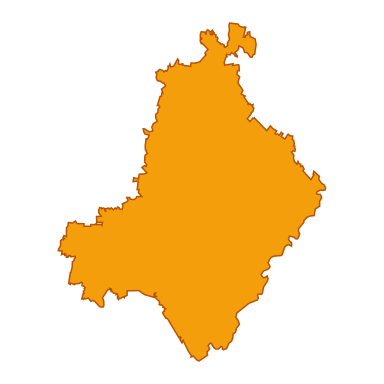 outline of Tihuatlán, Veracruz, Mexico
{"feature_id": "50627088B14039752645412", "entity_name": "Tihuatlán", "entity_type": "district", "adm_level": 2, "iso_a3": "MEX", "parent_name": "Mexico", "parent_adm1": "Veracruz", "projection": "robinson", "projection_center": [-97.558, 20.676], "detail": "fine", "context": "isolated", "style": "filled", "palette": "amber", "viewbox_px": 384, "rotation_deg": 0, "n_neighbors": 0, "source": "geoboundaries", "source_scale": "gbopen_adm2", "svg_char_len": 5919}
<svg xmlns="http://www.w3.org/2000/svg" viewBox="0 0 384 384"><path d="M70.3,272.6L68.7,283.5L70.2,284.6L70.6,283.1L74.5,284.6L74.6,283.8L78.9,283.6L81.5,282.2L82.3,283.0L81.9,285.7L83.9,286.3L85.1,287.7L84.2,288.6L84.7,289.7L83.3,291.7L84.0,293.2L83.1,293.7L81.8,299.1L82.8,298.7L83.7,299.4L84.2,298.3L85.8,298.9L88.2,298.0L91.0,301.3L92.5,300.5L94.8,301.4L99.4,306.5L101.5,307.1L103.5,306.9L103.9,305.0L103.7,300.7L102.5,297.8L107.9,289.6L110.0,289.4L109.7,288.4L111.4,288.8L111.6,290.6L110.8,290.3L111.2,291.6L112.5,291.7L113.5,293.2L116.6,293.6L116.2,294.4L116.9,294.1L117.7,294.9L117.5,296.3L118.1,296.4L117.3,298.0L118.5,299.5L118.7,298.2L120.1,298.6L123.3,296.8L124.3,297.7L124.5,296.6L127.1,295.4L127.1,290.8L138.8,290.6L144.5,294.6L154.2,297.4L154.1,294.3L154.7,293.2L155.7,293.1L154.3,294.9L156.1,296.3L154.7,296.5L154.7,297.1L159.3,301.4L159.6,303.5L159.1,304.3L160.0,305.1L161.5,304.7L163.1,306.4L162.9,307.2L164.1,307.2L164.2,308.1L165.6,308.7L164.5,309.6L164.4,311.1L163.7,311.1L162.7,312.6L163.1,313.9L165.9,318.4L167.4,318.5L179.0,337.8L180.2,336.8L180.9,337.7L179.9,339.4L182.0,342.9L183.1,340.4L188.4,351.2L191.5,355.9L191.0,357.0L193.3,356.1L196.7,359.8L198.9,361.0L205.3,356.8L207.6,355.0L206.9,352.0L209.4,349.5L209.6,348.3L208.0,345.8L209.6,343.7L211.0,343.1L214.0,347.8L215.6,349.0L218.5,349.0L221.0,346.4L222.4,347.0L222.4,349.1L223.4,349.8L226.6,348.6L228.9,343.2L231.5,341.3L232.8,337.8L233.1,334.0L235.6,332.2L236.5,328.2L239.5,324.2L237.9,320.0L235.8,317.3L236.8,313.0L249.1,303.2L257.4,300.0L258.4,298.1L257.5,295.3L258.0,294.2L261.5,294.2L262.4,293.3L263.5,287.3L267.5,280.9L268.0,278.6L267.2,275.9L265.2,277.4L263.1,277.7L261.1,274.8L263.5,271.0L267.9,269.3L269.6,267.6L269.9,266.0L268.0,262.9L269.8,259.1L271.0,257.5L273.7,256.2L281.2,255.5L282.2,254.7L284.7,247.0L287.1,245.1L289.0,244.8L291.6,246.2L291.6,242.6L289.6,241.2L288.5,239.1L289.5,236.1L293.7,237.1L296.1,239.0L297.8,238.6L299.7,234.2L298.5,231.1L298.6,228.7L303.9,222.3L303.8,220.7L306.9,217.5L309.5,216.1L314.1,215.6L315.3,209.1L319.7,206.1L319.6,201.2L321.6,198.0L321.5,196.7L320.1,194.3L317.2,194.2L316.5,193.2L316.9,191.9L320.5,190.0L322.6,190.5L325.1,189.9L325.6,188.1L324.4,185.2L321.6,183.2L319.2,180.1L318.8,178.5L319.4,176.4L313.8,171.2L313.1,174.6L313.9,175.0L310.9,179.6L302.9,170.8L304.1,169.2L302.6,165.9L300.7,166.5L300.8,164.3L298.8,163.5L298.0,161.4L296.9,164.1L294.3,161.3L293.5,158.2L293.9,155.1L291.5,152.1L293.2,150.8L294.8,151.4L295.4,149.1L294.7,148.3L294.7,146.0L293.5,145.9L294.3,143.8L293.7,140.3L292.5,139.7L292.7,136.0L290.4,135.9L288.1,134.1L284.9,138.9L281.1,136.5L283.0,133.7L281.2,132.3L279.3,135.2L277.5,133.9L276.2,134.3L275.1,133.4L276.7,130.8L272.8,128.6L270.4,125.8L266.8,130.7L254.3,117.8L253.9,118.5L252.8,118.1L250.0,121.5L247.3,118.8L250.9,114.3L251.2,112.8L252.9,111.5L253.8,108.0L252.7,107.1L253.0,104.5L251.6,105.4L250.1,103.9L248.9,104.4L248.8,103.4L248.0,103.9L247.9,102.7L244.1,97.1L245.2,96.1L241.1,94.0L242.9,90.4L238.3,83.5L238.1,81.6L239.7,76.8L237.0,74.5L237.5,70.8L239.3,70.8L239.0,65.4L238.6,64.7L232.7,65.5L233.2,63.7L224.7,65.2L224.1,62.5L225.8,57.5L227.1,56.6L226.1,55.4L226.6,54.4L230.1,54.9L231.6,52.5L234.3,54.5L235.0,56.0L237.3,56.9L237.4,55.9L234.9,52.4L237.4,50.6L238.6,48.7L239.0,45.8L243.1,48.0L244.6,52.4L247.3,52.7L250.4,57.2L252.1,57.2L253.2,54.7L254.7,54.2L256.1,44.4L255.1,38.9L250.0,36.4L249.7,31.7L247.6,32.3L247.1,33.0L247.8,34.6L245.6,35.3L245.3,37.3L243.4,37.1L245.8,27.3L244.4,26.9L244.0,27.6L239.4,26.2L238.2,24.1L229.6,23.0L229.0,25.2L229.4,30.5L228.4,34.5L229.5,39.4L227.3,43.2L227.6,45.7L224.8,47.5L224.3,47.1L224.3,45.2L222.3,43.9L220.3,44.1L220.2,43.1L217.6,41.5L217.0,40.2L218.0,38.4L217.1,37.0L215.8,37.0L215.9,34.7L213.7,34.0L214.2,32.9L212.3,30.2L211.1,31.5L212.9,33.7L212.0,34.9L211.4,34.1L210.5,34.6L209.6,31.3L207.8,29.8L206.4,31.0L205.9,34.7L205.2,32.2L201.2,31.7L200.2,35.0L200.4,37.9L201.8,38.2L201.5,39.2L200.3,39.3L200.3,41.5L201.3,43.6L201.8,43.0L208.0,49.3L205.3,52.5L204.9,53.5L206.1,54.7L199.7,61.9L194.5,63.2L191.1,62.9L190.5,66.4L182.9,65.2L182.8,63.8L182.1,63.7L180.7,64.5L178.9,64.2L178.4,63.4L178.8,60.8L177.6,58.9L173.6,66.3L170.6,67.0L169.9,64.1L169.1,66.0L168.1,66.0L168.1,68.8L166.7,71.2L165.4,70.5L163.9,72.0L162.7,70.5L160.0,69.4L158.3,70.4L158.2,71.4L155.7,72.2L156.8,74.3L156.1,77.4L157.4,80.7L160.3,81.2L163.2,83.4L164.1,83.2L165.7,85.9L161.5,89.1L162.7,92.6L162.1,92.2L161.3,96.3L160.1,96.4L157.3,105.5L158.7,105.3L159.8,107.0L158.0,109.0L157.9,112.3L155.6,114.5L155.9,118.3L157.2,121.3L153.3,123.8L151.8,127.0L152.8,130.9L149.3,131.9L144.7,128.9L143.2,128.8L143.7,131.7L145.2,134.2L149.1,134.9L148.0,138.4L147.2,139.1L146.1,138.8L145.2,145.6L145.4,149.9L146.4,150.3L146.2,151.5L147.5,153.4L145.3,154.9L144.8,156.9L144.6,162.1L146.3,164.2L146.6,166.0L146.2,166.4L144.4,165.6L141.9,167.5L146.9,172.8L144.8,173.9L139.2,174.2L138.6,178.8L133.7,177.7L133.1,181.7L138.2,181.1L137.1,189.7L138.9,189.6L138.4,192.7L141.8,196.5L136.8,196.6L136.0,198.2L133.9,199.7L130.1,199.1L129.8,197.5L126.7,197.5L128.1,200.4L126.4,202.0L122.2,203.9L123.0,205.4L122.1,209.4L119.3,208.9L119.2,207.9L117.9,206.9L116.2,209.0L115.1,208.0L113.5,209.8L111.3,207.8L109.9,209.2L108.7,208.0L105.5,208.8L105.7,211.1L105.0,210.9L104.4,208.4L103.4,208.0L101.8,208.9L101.6,208.0L99.6,207.5L99.3,209.3L98.6,209.8L98.7,212.7L101.4,216.2L96.5,216.5L96.7,222.3L102.5,222.4L101.9,225.3L101.4,224.5L96.8,224.6L96.7,223.8L95.9,223.8L96.1,224.6L90.8,224.5L90.8,226.3L83.9,226.2L84.0,223.7L77.1,223.6L75.4,221.0L72.5,223.0L68.4,222.5L67.8,226.1L66.5,227.7L66.4,236.6L64.0,235.5L63.1,237.5L64.4,238.6L63.1,238.6L63.2,239.7L61.9,239.6L60.5,240.8L60.6,245.7L58.6,248.9L58.4,250.7L62.1,251.1L61.5,254.7L64.4,253.6L64.6,255.2L65.8,254.4L66.4,257.3L67.8,257.3L67.6,256.5L69.0,255.5L69.1,256.1L70.5,255.7L70.7,256.8L75.2,256.4L75.3,257.8L74.1,258.8L74.1,260.4L72.4,261.8L72.2,266.8L71.0,272.3L70.3,272.6Z" fill="#f59e0b" stroke="#b45309" stroke-width="1.5"/></svg>